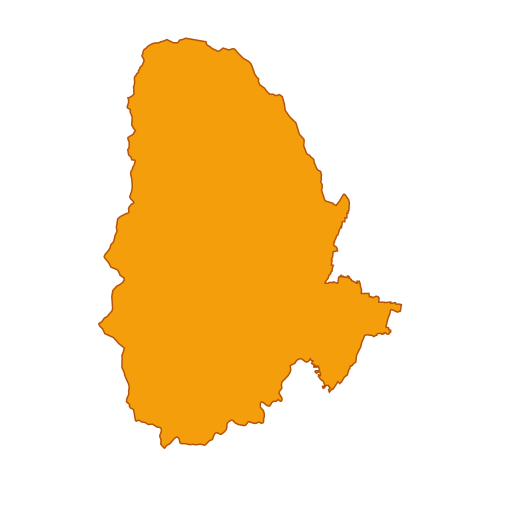 Lan Saka, Nakhon Si Thammarat, Thailand, rotated 9°
{"feature_id": "78962969B56259094306641", "entity_name": "Lan Saka", "entity_type": "district", "adm_level": 2, "iso_a3": "THA", "parent_name": "Thailand", "parent_adm1": "Nakhon Si Thammarat", "projection": "natural_earth1", "projection_center": [99.81, 8.377], "detail": "fine", "context": "isolated", "style": "filled", "palette": "amber", "viewbox_px": 512, "rotation_deg": 9, "n_neighbors": 0, "source": "geoboundaries", "source_scale": "gbopen_adm2", "svg_char_len": 6112}
<svg xmlns="http://www.w3.org/2000/svg" viewBox="0 0 512 512"><g transform="rotate(9 256 256)"><path d="M141.0,387.1L143.9,391.4L145.1,394.4L147.1,397.8L150.1,402.2L151.3,405.2L151.4,410.0L152.0,412.2L150.7,417.5L150.9,420.4L153.9,422.1L154.4,422.9L154.5,424.4L156.0,425.9L158.3,426.5L159.2,427.1L162.6,437.1L163.5,437.9L165.3,436.8L166.4,436.6L169.2,437.8L173.1,437.9L175.9,439.3L180.0,438.2L184.7,440.3L188.6,440.5L189.6,441.9L189.9,444.1L189.0,448.7L191.1,453.0L191.4,456.8L194.9,459.7L195.8,460.1L197.2,457.3L200.4,454.8L203.5,449.7L205.7,447.2L207.1,447.4L208.3,448.3L209.0,449.3L209.9,451.9L210.6,452.7L211.6,453.0L215.6,452.4L220.3,452.7L223.1,451.8L225.9,451.9L230.9,450.5L234.7,451.0L235.9,450.0L238.8,445.8L241.6,444.1L242.8,438.6L243.7,437.2L245.4,436.6L248.0,437.6L249.5,437.6L252.3,434.6L253.5,432.6L254.1,430.4L253.6,427.3L253.8,425.9L254.6,424.4L256.6,422.4L257.9,421.9L258.9,422.1L261.6,424.1L264.8,425.2L270.8,425.4L272.3,424.7L274.3,420.8L280.8,421.6L282.5,421.1L284.7,419.5L287.4,420.4L289.0,419.7L289.4,418.3L289.0,415.4L289.3,413.6L289.0,410.9L287.6,407.7L284.2,404.9L283.5,402.8L283.5,399.9L284.3,399.2L285.5,399.3L289.9,401.8L292.3,402.3L293.4,401.5L294.5,398.4L295.6,397.0L298.6,396.3L300.3,394.3L302.6,395.6L303.4,395.6L304.1,394.9L304.0,392.5L300.1,387.8L300.3,386.3L302.2,382.6L301.2,378.9L301.3,376.5L306.4,369.2L308.0,365.1L308.1,362.8L306.9,358.9L311.1,356.0L312.5,352.7L314.7,350.9L317.0,350.4L321.1,352.6L322.6,352.9L324.2,351.9L325.8,349.0L327.0,350.7L328.6,350.7L327.7,353.3L328.6,353.9L330.0,354.0L330.5,356.7L331.5,356.5L331.7,354.8L332.2,354.9L332.8,356.4L334.1,356.0L334.3,355.0L334.7,355.1L336.3,357.6L336.4,358.5L335.8,359.4L332.7,360.1L332.4,360.9L332.8,361.6L334.0,362.2L336.6,360.3L337.3,360.4L338.5,364.0L337.9,364.2L336.3,363.5L336.5,365.2L339.4,368.0L341.7,368.9L344.0,372.5L343.2,374.4L342.1,374.4L342.2,375.1L343.0,376.1L343.5,376.1L344.7,374.5L345.3,372.9L347.7,372.5L348.5,373.7L349.7,374.4L348.6,377.1L349.8,379.0L351.8,375.4L352.5,375.7L353.3,374.8L356.6,367.3L358.7,368.9L360.1,367.0L362.3,361.7L364.8,359.2L365.6,353.3L366.3,352.6L366.1,350.2L367.3,349.9L367.7,349.1L368.5,348.9L368.6,347.8L371.1,345.2L370.9,338.1L373.6,329.6L373.9,325.2L375.8,317.6L377.6,316.5L383.2,316.3L385.1,317.2L386.3,315.9L387.6,315.4L388.1,313.9L388.9,313.4L391.9,312.9L392.2,313.5L393.3,313.5L394.6,312.7L394.4,312.0L395.8,311.4L397.6,312.6L398.8,312.6L399.8,311.7L399.9,310.4L400.9,310.1L400.6,308.3L398.7,308.0L398.4,306.7L397.7,306.0L396.7,306.2L395.4,305.7L396.1,297.0L397.2,292.2L397.4,288.7L397.7,287.9L399.1,287.8L404.4,289.3L407.2,287.9L407.2,281.3L404.8,281.1L401.9,281.7L401.2,280.4L400.2,280.3L399.2,281.0L396.4,281.7L396.3,280.4L390.2,281.9L390.0,281.6L384.4,282.4L384.1,278.1L383.5,277.9L383.0,277.1L381.0,276.9L377.8,278.9L376.4,278.1L374.4,278.5L373.4,275.3L365.8,276.6L365.5,272.7L364.0,269.9L363.0,266.7L361.8,264.7L361.0,265.3L360.5,265.0L360.3,265.6L359.8,265.4L359.8,266.2L360.6,266.6L360.6,267.0L359.5,267.2L358.0,266.3L357.4,266.5L356.0,265.7L354.1,265.4L353.9,264.4L352.9,263.9L352.6,263.4L351.1,263.1L351.3,262.1L350.5,261.4L349.5,261.5L349.7,262.5L349.4,262.8L347.0,262.8L346.6,263.2L345.5,262.4L345.1,262.8L344.6,262.5L344.1,263.2L343.3,262.6L343.3,261.8L342.5,262.2L342.2,263.3L341.2,263.8L340.9,264.7L341.2,267.7L340.9,270.2L336.5,269.4L336.1,270.3L334.3,270.2L333.7,270.6L332.5,270.6L331.2,271.8L328.4,272.0L329.0,269.7L330.7,266.7L331.0,263.7L332.3,262.4L332.8,259.7L333.5,259.0L333.2,256.6L333.9,253.1L331.7,253.0L331.9,248.5L331.0,248.1L331.8,245.1L331.5,239.8L335.7,238.2L334.8,235.6L333.4,234.2L331.6,233.7L330.7,231.3L331.5,229.7L331.0,229.0L332.0,226.5L332.3,224.3L332.8,222.9L333.6,222.3L334.4,216.2L335.6,215.0L335.3,213.7L336.0,214.0L335.9,209.0L336.4,208.4L338.3,208.3L338.0,204.3L339.7,204.3L339.2,199.4L340.2,199.3L340.0,196.8L340.6,196.6L339.9,188.6L338.4,185.6L334.5,181.6L333.3,181.1L332.6,181.8L330.0,188.4L327.1,193.7L324.7,192.7L323.8,191.9L316.7,190.9L315.3,190.2L310.4,180.7L310.7,177.7L310.2,176.3L310.2,175.1L308.3,172.7L308.6,169.9L308.0,168.2L308.0,165.5L307.2,164.3L306.8,162.7L305.9,162.1L303.9,161.6L302.2,160.0L298.6,154.2L298.2,152.1L297.6,151.3L294.4,149.4L293.4,148.3L290.7,147.4L289.9,146.7L285.9,139.8L285.5,134.6L285.0,133.1L279.8,129.0L274.7,118.4L267.7,113.4L262.7,108.3L261.7,106.6L260.3,101.6L257.1,94.6L254.0,92.9L250.4,94.6L247.5,93.5L244.5,94.1L241.5,92.3L238.0,88.8L233.3,86.5L231.2,83.6L230.8,80.5L229.3,79.7L226.4,76.7L222.3,69.0L220.7,66.8L218.3,64.9L212.4,62.7L206.3,58.2L202.5,54.9L200.3,55.0L197.2,56.7L190.9,55.8L187.7,59.3L186.2,59.6L180.4,58.0L177.7,56.4L174.9,55.4L173.8,54.3L173.5,52.9L173.0,52.2L152.4,51.9L150.2,53.4L146.8,54.7L145.3,57.6L140.9,58.3L134.2,56.2L130.4,58.5L128.3,59.3L126.5,60.7L122.7,61.5L120.4,62.5L116.7,65.4L114.4,68.7L113.3,69.3L112.5,71.6L112.6,73.0L112.0,76.2L114.3,79.2L114.9,80.9L113.7,85.7L111.9,87.8L111.7,90.0L111.0,90.9L111.1,93.2L109.6,94.7L109.2,96.6L108.4,97.3L108.0,99.2L109.0,103.5L109.0,107.0L108.5,107.9L109.2,109.9L109.6,113.2L110.3,114.9L108.2,117.7L105.7,119.6L104.8,119.7L105.9,122.4L106.1,124.6L105.4,129.0L105.9,129.8L109.0,131.0L109.1,133.3L112.0,138.2L112.8,146.3L114.1,147.6L114.8,148.9L117.4,151.1L116.1,153.2L115.9,154.7L110.9,159.1L111.5,161.2L112.9,163.1L113.7,168.6L112.7,171.1L114.4,176.1L117.0,177.9L118.3,180.5L121.1,180.3L121.9,181.0L121.5,185.0L120.3,188.0L120.3,190.1L119.4,191.6L119.2,193.5L119.7,195.6L121.3,199.5L122.9,206.5L123.1,210.9L122.0,217.2L123.1,218.9L126.6,221.6L127.0,222.4L126.4,223.3L125.0,224.1L123.0,227.5L122.7,229.5L123.6,232.2L123.4,233.2L119.8,235.3L115.8,238.3L113.6,241.1L113.6,249.9L114.7,252.5L114.8,253.6L113.6,257.7L113.2,264.0L110.9,267.7L110.4,271.4L108.4,275.5L107.0,277.4L106.1,280.1L106.6,281.3L111.7,285.9L114.5,289.7L121.2,291.3L123.1,293.4L124.7,296.2L129.2,298.5L129.5,300.5L128.4,303.0L126.4,305.2L123.2,307.5L120.0,312.5L119.9,318.4L122.5,329.9L122.5,332.5L118.2,339.4L116.0,340.9L114.0,345.0L111.3,347.5L111.6,348.3L113.3,350.2L115.9,352.0L118.9,356.4L128.1,358.9L134.5,364.2L140.3,367.4L139.9,372.0L139.1,375.1L139.7,377.3L141.0,387.1Z" fill="#f59e0b" stroke="#b45309" stroke-width="1.5"/></g></svg>